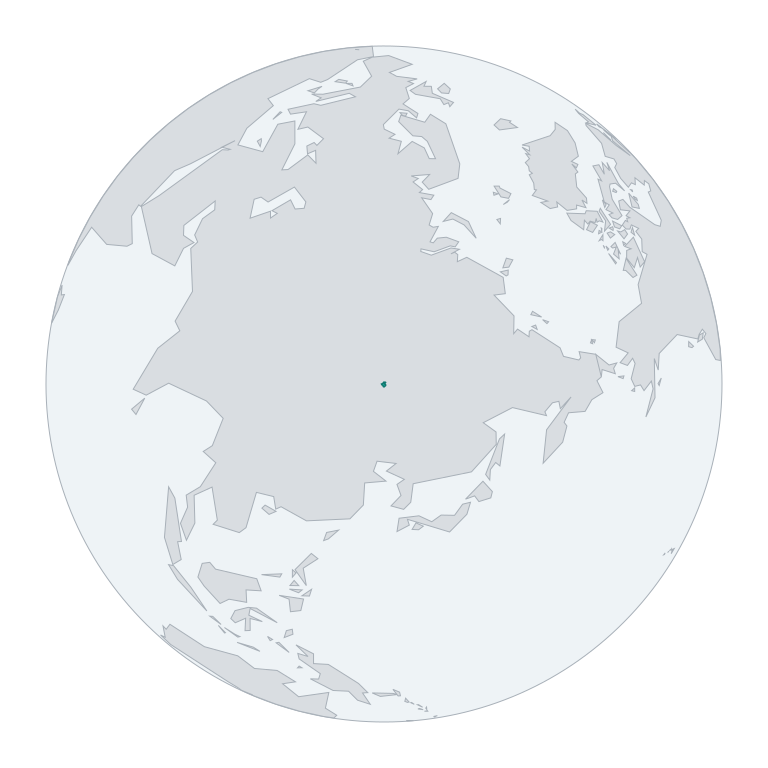 the Earth from above Darhan-Uul, rotated 49°
{"feature_id": "MNG-3328", "entity_name": "Darhan-Uul", "entity_type": "Municipality", "adm_level": 1, "iso_a3": "MNG", "parent_name": "Mongolia", "parent_adm1": "", "projection": "orthographic", "projection_center": [106.217, 49.455], "detail": "fine", "context": "on_globe", "style": "filled", "palette": "teal", "viewbox_px": 768, "rotation_deg": 49, "n_neighbors": 0, "source": "natural_earth", "source_scale": "10m", "svg_char_len": 12609}
<svg xmlns="http://www.w3.org/2000/svg" viewBox="0 0 768 768"><g transform="rotate(49 384 384)"><circle cx="384" cy="384" r="338" fill="#eef3f6" stroke="#a8b0b8"/><path d="M578.6,107.7L579.0,108.1L586.9,114.7L583.2,117.6L558.9,112.3L557.1,108.0L551.5,107.8L553.3,113.6L555.9,117.6L539.0,130.3L541.5,156.3L553.4,167.9L542.1,163.3L572.2,188.5L580.7,208.0L564.2,184.1L557.2,180.3L559.6,192.1L553.0,191.0L550.3,196.3L542.2,194.0L533.2,181.0L527.7,179.5L529.7,188.1L522.8,191.8L520.7,179.3L508.5,184.7L491.2,165.6L492.1,136.7L475.7,127.0L458.7,100.4L453.5,102.3L443.7,94.4L434.0,93.8L433.6,89.7L426.2,92.9L428.4,96.8L425.9,99.6L420.4,99.9L418.9,94.5L421.4,93.6L418.1,92.1L419.8,89.4L415.8,90.9L414.7,84.8L407.6,91.3L399.9,86.8L401.4,82.6L411.9,82.5L441.4,75.1L446.2,72.1L442.3,67.3L412.5,58.6L413.3,56.0L406.6,52.8L401.3,54.0L404.6,57.1L393.0,59.3L398.4,63.5L394.5,65.3L395.8,70.5L384.2,70.5L372.0,67.8L370.3,63.8L365.0,62.8L357.3,67.7L345.1,61.9L321.5,61.9L319.6,60.8L332.6,55.6L356.2,52.3L373.2,48.3L350.5,51.9L346.2,50.1L340.6,50.5L334.0,51.6L331.1,52.9L327.2,52.9L348.1,48.5L352.0,48.5L345.3,49.6L356.4,48.4L370.5,46.7L367.2,46.6L380.2,46.1L406.6,46.8L432.8,49.6L458.8,54.5L484.3,61.3L509.1,70.1L533.2,80.8L556.4,93.4L578.6,107.7ZM700.5,278.6L698.0,274.7L698.6,272.9L700.5,278.6ZM697.0,275.3L697.8,276.0L697.2,276.0L697.0,275.3ZM697.0,277.3L697.0,275.9L697.3,278.0L697.0,277.3ZM697.3,280.6L697.0,278.6L697.1,279.0L697.3,280.6ZM696.7,284.2L696.4,285.0L695.9,282.6L696.7,284.2ZM558.1,119.7L554.0,113.9L554.8,109.5L559.0,114.3L558.1,119.7ZM555.7,129.6L551.9,126.2L558.6,125.6L558.6,127.7L555.7,129.6ZM563.5,176.9L561.4,170.8L565.7,177.3L563.5,176.9ZM551.4,197.4L554.1,199.7L551.5,201.5L551.4,197.4ZM402.2,70.3L399.1,70.4L400.4,69.4L402.2,70.3ZM405.7,72.7L409.5,71.4L411.7,72.4L409.3,73.1L405.7,72.7ZM536.8,200.0L531.9,202.6L535.3,197.6L536.8,200.0ZM400.5,74.1L415.2,74.3L419.0,76.1L413.1,80.6L400.5,74.1ZM528.0,202.7L516.2,209.9L521.2,215.3L500.5,204.7L517.3,201.7L520.8,194.5L522.8,200.4L528.0,202.7ZM431.5,98.0L428.9,93.8L436.1,97.2L431.5,98.0ZM436.8,99.5L462.7,107.1L463.8,113.9L454.9,109.7L460.4,118.8L448.2,118.3L442.4,113.2L444.1,108.8L438.1,112.1L436.8,99.5ZM490.9,198.1L486.7,198.1L489.4,195.6L490.9,198.1ZM425.4,101.1L430.6,101.8L431.9,107.6L421.8,107.3L424.6,105.5L425.4,101.1ZM467.8,121.7L467.0,126.2L456.9,127.0L455.2,128.9L448.0,118.9L467.8,121.7ZM421.5,104.3L416.7,107.0L411.0,104.6L420.5,100.8L421.5,104.3ZM436.5,109.4L436.6,112.2L433.3,110.5L436.5,109.4ZM388.3,98.4L394.4,98.7L395.6,101.6L388.3,98.4ZM415.3,108.3L417.2,109.1L418.4,110.4L414.1,111.8L415.3,108.3ZM441.3,120.3L437.3,119.9L443.8,124.4L436.5,125.5L433.0,118.8L431.4,122.2L429.2,122.6L428.8,116.7L441.3,120.3ZM413.3,117.3L406.3,109.7L394.7,108.3L393.3,105.5L412.2,108.3L413.3,117.3ZM422.4,117.4L416.5,116.6L417.7,113.3L422.6,111.8L422.4,117.4ZM432.8,128.9L444.9,128.9L445.3,130.4L432.8,128.9ZM409.6,117.5L411.4,119.3L408.7,117.7L409.6,117.5ZM425.4,126.0L429.6,125.7L429.9,127.4L425.4,126.0ZM411.4,123.5L409.2,120.9L412.4,119.7L411.4,123.5ZM417.6,125.1L417.0,127.6L414.9,120.8L419.5,124.7L417.6,125.1ZM425.0,127.7L426.5,128.6L423.1,127.6L425.0,127.7ZM400.4,129.9L397.0,121.7L404.2,118.8L406.5,127.1L400.4,129.9ZM121.4,171.3L130.0,177.1L121.9,191.3L117.2,226.9L114.8,233.8L104.6,240.0L92.5,284.4L101.3,284.9L101.0,319.7L107.7,337.4L129.1,323.1L118.3,293.7L127.0,278.7L144.3,293.7L155.4,320.6L159.2,315.7L161.1,291.2L172.8,290.5L162.8,282.3L160.1,290.7L153.8,286.1L155.9,278.3L159.9,278.1L159.2,268.7L140.1,272.9L135.3,281.9L127.7,263.9L119.0,277.5L113.7,276.2L126.5,253.0L132.2,248.9L148.5,217.1L141.8,219.5L126.0,250.1L126.8,243.7L117.7,248.4L125.3,239.9L144.4,207.0L143.6,191.4L126.8,187.9L129.6,178.5L139.2,165.0L161.2,153.0L152.4,175.5L160.1,172.6L175.5,158.8L171.5,167.2L176.6,164.6L174.6,173.1L185.1,177.6L185.1,185.9L202.1,180.9L204.5,184.8L193.7,186.4L186.3,192.4L187.8,214.3L191.8,216.6L202.8,211.9L201.8,218.9L212.2,211.7L219.4,222.4L219.4,203.6L232.2,198.7L243.6,202.0L247.8,197.3L229.3,192.1L222.0,193.2L215.6,199.4L195.6,200.8L192.2,194.9L213.2,181.5L210.9,172.0L228.2,166.6L267.6,182.4L277.4,193.2L266.4,222.5L256.7,222.7L255.8,212.1L244.8,227.0L251.4,223.3L250.6,229.5L262.6,227.3L262.7,231.7L274.2,222.5L275.6,227.6L268.2,233.4L287.3,235.5L293.6,245.6L297.9,244.1L300.7,239.6L306.9,256.0L309.8,254.2L308.9,248.1L314.1,240.7L325.7,234.3L327.2,240.3L323.2,243.4L317.1,259.4L306.3,267.4L308.1,269.3L317.8,263.8L325.3,244.2L331.8,238.7L329.7,248.1L330.9,244.2L334.7,243.4L339.8,248.4L342.7,238.4L381.7,224.1L395.4,233.2L389.1,242.6L417.9,241.2L431.1,253.1L430.2,247.2L443.5,243.6L439.5,239.7L440.1,236.7L472.2,227.4L480.9,230.4L493.7,221.2L493.3,218.4L487.6,215.5L500.5,204.7L521.2,215.3L521.2,221.1L534.2,224.4L532.2,237.4L536.6,250.2L526.8,263.6L531.1,273.2L535.7,273.5L545.1,287.3L548.2,315.9L525.2,291.3L516.5,251.3L518.3,267.1L511.8,263.4L508.7,269.2L510.5,280.8L514.5,282.1L486.1,302.5L478.3,334.5L493.7,330.9L503.2,338.9L507.7,375.6L478.4,427.4L490.8,441.4L491.5,451.4L480.6,458.7L479.3,444.3L468.3,440.1L469.3,431.2L451.3,439.3L451.9,427.0L437.7,439.9L443.0,449.3L458.6,446.2L446.0,463.5L461.8,479.0L463.4,498.2L436.4,532.3L409.1,542.2L407.4,547.8L396.6,541.1L382.1,551.4L401.9,582.4L401.2,590.7L377.8,605.0L377.4,599.1L349.0,581.4L343.4,600.3L364.9,618.0L372.3,635.6L355.6,629.0L348.1,613.0L338.1,606.2L341.0,590.0L333.1,562.6L316.3,564.7L317.9,554.0L304.4,527.9L280.4,529.1L242.1,546.0L236.4,570.8L223.4,576.7L208.6,531.3L209.9,503.2L199.5,500.4L188.5,467.8L154.9,440.9L154.6,431.5L147.3,429.1L140.2,412.5L141.5,397.5L135.1,391.3L133.0,431.0L140.3,437.8L152.6,434.6L150.1,446.3L157.6,464.4L133.4,473.5L90.9,450.7L94.3,430.0L101.1,352.3L105.1,348.2L105.4,347.5L106.0,346.1L98.8,351.2L102.6,336.8L90.8,385.7L85.6,402.1L90.2,451.1L87.9,451.5L91.7,464.3L112.9,481.9L111.4,487.6L96.7,501.7L73.9,501.8L81.3,528.7L87.1,544.8L84.9,541.2L74.2,519.0L65.2,496.1L57.9,472.6L52.3,448.7L48.5,424.4L46.5,399.9L46.2,375.3L47.7,350.8L51.0,326.4L56.1,302.3L62.9,278.7L71.4,255.6L81.6,233.2L93.3,211.6L106.6,191.0L121.4,171.3ZM115.5,183.4L112.5,186.3L115.5,183.4ZM159.4,360.8L171.0,376.3L179.1,356.3L184.3,360.8L185.2,352.6L179.7,354.8L183.7,333.7L193.6,336.3L199.0,329.0L195.3,323.5L176.6,322.4L170.6,352.1L162.3,354.2L159.4,360.8ZM345.0,50.3L343.2,50.7L336.5,51.6L339.6,50.8L345.0,50.3ZM307.5,59.6L302.0,59.4L308.0,58.7L311.2,57.1L327.8,54.2L319.5,60.1L320.3,57.7L307.5,59.6ZM347.7,52.9L338.1,53.5L348.9,52.7L347.7,52.9ZM207.2,144.6L202.1,149.6L196.4,149.9L196.6,141.3L204.8,140.4L207.2,144.6ZM196.3,156.8L217.1,146.8L217.9,152.4L214.0,150.9L212.4,155.5L205.6,154.4L186.0,170.2L179.6,171.7L183.3,153.7L185.5,158.5L190.4,153.0L196.3,156.8ZM268.9,117.6L278.0,115.0L268.0,130.2L260.7,131.0L260.3,121.9L268.7,115.7L268.9,117.6ZM387.2,82.7L391.3,81.9L391.8,83.2L388.6,85.0L387.2,82.7ZM391.1,98.3L369.8,88.1L373.4,86.5L356.5,83.3L359.5,78.0L370.3,80.1L360.0,74.0L371.0,73.8L362.9,70.4L386.7,75.6L396.1,75.7L384.4,77.5L381.4,82.2L383.0,84.3L394.3,90.6L413.1,93.9L413.1,99.7L408.2,102.9L403.7,103.0L405.1,99.1L398.0,102.1L396.6,96.5L391.1,98.3ZM349.9,146.5L353.4,140.4L339.0,148.4L337.5,141.6L335.9,143.0L330.6,139.2L321.4,137.1L322.3,133.8L318.4,134.5L314.8,132.2L309.6,132.1L309.4,126.4L303.1,125.9L306.6,123.6L295.8,124.4L303.7,121.3L299.8,118.5L294.2,123.0L305.6,95.7L304.2,87.8L298.7,83.2L313.1,79.3L327.4,81.6L339.6,87.9L338.9,96.5L345.5,93.6L347.1,97.0L341.2,97.9L351.2,98.6L351.0,101.8L361.8,109.3L376.5,109.2L380.8,112.3L375.0,113.9L383.4,115.9L375.3,121.3L378.2,123.7L373.1,131.9L360.0,134.2L364.3,136.8L360.6,143.5L349.9,146.5ZM398.6,132.1L383.3,135.6L375.0,133.9L387.4,120.6L385.9,117.7L393.5,109.8L405.4,112.6L402.1,114.5L401.7,117.1L398.2,115.2L400.7,118.7L396.3,121.6L397.0,125.2L391.9,125.3L398.6,132.1ZM118.7,235.5L118.1,239.9L118.6,245.6L112.8,249.0L118.7,235.5ZM131.3,212.9L131.7,215.7L123.8,222.5L124.4,218.3L131.3,212.9ZM138.7,211.8L132.3,215.4L136.1,210.9L138.7,211.8ZM194.8,189.0L196.0,192.0L193.5,193.8L189.7,193.9L194.8,189.0ZM306.9,171.1L310.2,167.2L312.2,167.9L323.6,163.3L325.6,168.2L319.5,173.0L306.9,171.1ZM123.5,321.6L117.6,320.3L118.3,315.7L120.2,317.1L123.5,321.6ZM111.9,283.0L111.4,294.3L110.4,283.8L111.9,283.0ZM311.0,175.7L315.4,173.1L313.7,177.2L311.0,175.7ZM327.7,171.7L326.8,176.2L327.2,168.3L327.7,171.7ZM104.0,573.2L98.1,562.0L105.1,569.1L106.8,566.5L114.5,581.2L120.0,594.9L104.0,573.2ZM457.5,667.4L467.7,666.8L467.3,667.7L457.5,667.4ZM447.0,665.7L458.6,664.7L444.9,667.8L447.0,665.7ZM463.1,664.2L475.0,660.7L480.1,658.5L479.1,660.4L463.1,664.2ZM439.1,666.6L396.0,668.0L379.0,665.1L383.0,662.0L410.6,663.1L439.1,666.6ZM381.7,661.8L355.7,650.3L320.3,614.0L332.9,616.7L370.0,640.2L367.6,643.2L383.4,652.2L381.7,661.8ZM444.7,642.2L442.1,651.7L418.4,652.3L407.6,651.1L400.1,638.9L404.3,632.5L413.2,632.6L447.5,607.8L459.5,612.4L448.9,623.2L458.7,630.9L444.7,642.2ZM237.7,573.8L244.3,591.2L237.4,591.0L237.7,573.8ZM461.4,589.3L447.5,601.5L460.2,585.7L461.4,589.3ZM468.9,574.3L469.7,579.9L464.1,575.0L468.9,574.3ZM407.0,556.3L397.6,557.6L397.4,553.2L409.3,549.0L407.0,556.3ZM464.5,514.1L464.4,527.6L462.6,532.3L458.4,524.7L464.5,514.1ZM334.5,218.8L316.4,219.2L304.7,223.8L300.2,232.6L298.8,220.8L316.8,213.7L334.5,218.8ZM375.7,222.6L379.5,215.5L383.0,218.8L382.6,220.9L375.7,222.6ZM374.3,218.1L369.3,209.1L374.8,205.3L377.7,213.1L374.3,218.1ZM339.4,191.2L333.9,190.9L335.5,187.4L339.4,191.2ZM532.8,687.4L531.7,687.8L524.5,691.3L532.6,687.0L521.6,692.5L517.9,693.3L506.3,697.0L440.6,715.9L426.8,717.3L431.6,715.3L421.6,709.5L426.2,709.3L424.9,703.2L464.4,691.9L493.2,672.7L513.7,668.4L530.1,652.6L550.7,646.2L543.7,657.2L564.0,653.6L580.6,628.0L590.2,640.9L603.0,637.0L603.2,640.9L595.3,647.7L575.4,662.5L554.6,675.7L532.8,687.4ZM652.6,588.0L654.8,585.4L657.5,582.5L653.9,587.1L652.6,588.0ZM668.3,563.9L669.1,563.3L668.1,564.9L668.3,563.9ZM667.4,564.8L669.3,561.3L668.6,563.2L667.4,564.8ZM657.5,568.2L659.2,565.5L659.7,565.6L657.5,568.2ZM482.6,664.4L496.8,655.3L504.4,653.0L482.6,664.4ZM655.5,568.1L651.5,571.6L652.1,570.1L655.5,568.1ZM656.0,565.1L655.7,563.8L657.8,565.3L656.0,565.1ZM648.6,568.3L653.3,566.9L648.0,569.2L648.6,568.3ZM645.6,571.3L642.1,572.9L642.4,572.1L645.6,571.3ZM603.1,602.9L616.7,604.5L605.3,611.4L592.6,612.3L581.9,623.5L558.2,633.0L563.8,626.9L560.8,622.1L535.8,628.4L530.8,625.8L539.8,620.1L523.1,621.6L541.4,614.2L548.8,620.6L559.1,610.0L576.6,604.7L593.3,599.7L606.3,598.7L603.1,602.9ZM541.2,633.1L544.3,632.1L541.5,635.5L541.2,633.1ZM635.3,573.8L640.4,573.7L639.8,575.1L637.2,576.5L635.3,573.8ZM609.4,595.6L623.6,580.0L626.9,578.0L617.4,591.7L609.4,595.6ZM620.3,577.6L626.8,574.4L630.1,576.1L628.7,578.0L620.3,577.6ZM503.7,635.7L503.0,638.3L498.1,637.5L503.7,635.7ZM510.0,632.8L524.4,631.7L508.6,635.2L510.0,632.8ZM465.6,632.3L469.8,637.7L483.5,631.7L473.1,638.9L482.2,646.7L479.0,650.7L470.0,642.1L466.6,652.9L460.5,653.5L457.3,645.1L463.5,633.0L469.5,627.3L494.1,621.2L465.6,632.3ZM509.9,625.7L506.1,619.5L508.9,614.1L513.1,616.9L509.9,625.7ZM494.5,604.0L484.1,596.8L474.7,601.8L493.5,585.8L500.4,595.4L494.5,604.0ZM485.5,585.4L476.7,590.0L485.7,580.9L485.5,585.4ZM474.4,587.2L473.3,580.7L480.3,580.6L474.4,587.2ZM490.0,584.9L491.4,573.3L495.1,579.4L490.0,584.9ZM470.0,565.8L485.2,574.9L465.7,572.9L464.2,550.0L472.5,548.5L470.0,565.8ZM512.2,458.2L509.8,451.0L517.1,447.6L516.7,453.5L512.2,458.2ZM538.7,431.6L518.3,444.4L501.5,455.1L507.1,457.5L503.9,471.0L495.2,460.7L506.4,444.1L519.3,438.3L520.4,426.9L529.4,416.9L526.3,403.5L530.0,396.3L536.7,406.9L538.7,431.6ZM524.4,398.0L522.3,373.1L536.3,372.8L540.0,378.1L535.0,389.5L527.9,389.0L524.4,398.0ZM525.9,367.2L518.9,366.6L501.2,332.9L500.9,325.8L521.9,350.3L516.5,351.2L518.4,359.9L525.9,367.2ZM488.4,201.2L486.9,198.4L490.5,200.1L488.4,201.2ZM437.6,234.7L439.0,230.9L443.3,232.6L437.6,234.7ZM445.3,221.4L439.5,222.1L445.0,218.9L445.3,221.4ZM426.6,224.2L436.9,221.1L428.0,227.7L426.6,224.2Z" fill="#d9dde1" stroke="#a8b0b8" stroke-width="1"/><path d="M383.7,381.8L383.7,382.2L383.7,382.3L383.6,382.5L383.4,382.7L383.4,382.9L383.3,383.0L383.5,383.1L383.8,383.2L383.9,383.3L384.1,383.4L384.3,383.5L384.6,383.6L384.9,383.4L385.0,383.3L385.1,383.1L385.6,383.3L385.8,383.4L385.9,383.5L386.0,383.5L386.2,383.8L386.3,384.1L386.2,384.5L386.2,384.8L386.2,385.1L386.2,385.4L386.2,385.9L385.9,386.0L385.5,386.2L385.0,386.0L384.8,385.9L384.7,385.8L384.5,385.6L384.3,385.6L384.2,385.6L383.8,385.9L383.6,386.0L383.4,386.1L383.2,386.1L382.8,386.0L382.7,386.0L382.4,385.9L382.5,385.7L382.6,385.3L382.6,384.9L382.7,384.3L382.8,384.2L382.8,383.9L382.8,383.7L382.7,383.6L382.6,383.4L382.6,383.1L382.5,382.9L382.8,382.6L383.0,382.4L383.2,382.2L383.3,382.0L383.4,381.9L383.7,381.8Z" fill="#14b8a6" stroke="#0f766e" stroke-width="1.5"/></g></svg>